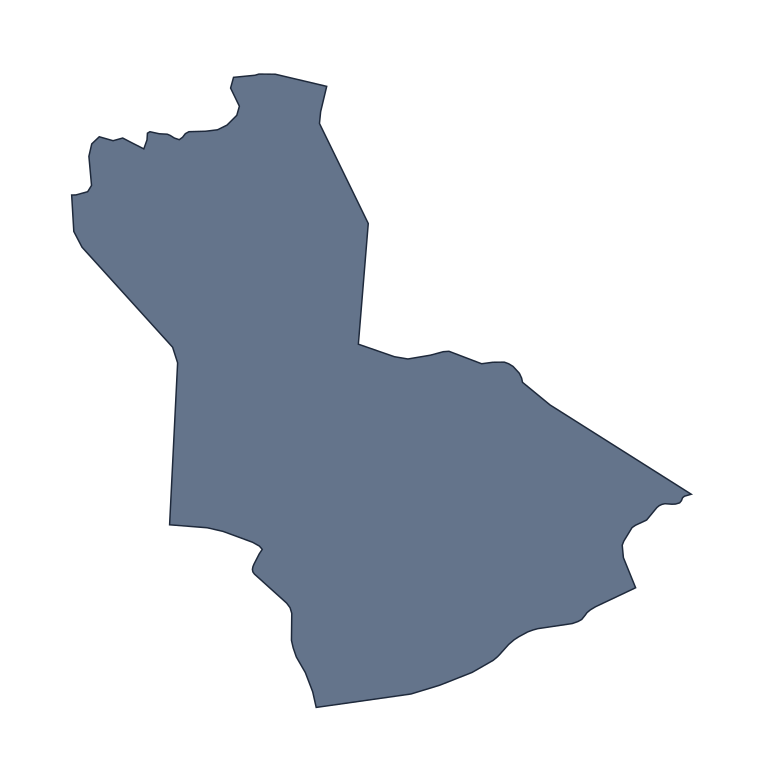 an SVG outline of Fromager, rotated 266°
{"feature_id": "CIV-3445", "entity_name": "Fromager", "entity_type": "Region", "adm_level": 1, "iso_a3": "CIV", "parent_name": "Ivory Coast", "parent_adm1": "", "projection": "natural_earth1", "projection_center": [-5.843, 6.159], "detail": "fine", "context": "isolated", "style": "filled", "palette": "slate", "viewbox_px": 768, "rotation_deg": 266, "n_neighbors": 0, "source": "natural_earth", "source_scale": "10m", "svg_char_len": 1576}
<svg xmlns="http://www.w3.org/2000/svg" viewBox="0 0 768 768"><g transform="rotate(266 384 384)"><path d="M557.8,85.2L593.4,85.6L594.3,85.6L594.1,89.8L596.5,101.8L602.5,106.1L631.7,105.5L643.9,109.2L650.5,117.2L645.6,130.7L647.6,140.5L642.2,149.3L635.3,160.8L644.0,164.6L650.7,165.5L652.0,168.1L649.3,177.3L648.3,185.3L646.8,188.2L644.0,192.0L642.0,196.8L644.2,200.3L647.6,203.3L649.3,207.0L648.6,223.7L649.2,235.6L653.2,245.4L662.3,255.9L671.2,259.1L689.9,251.6L700.4,255.3L701.0,276.9L701.9,280.8L700.6,297.2L684.9,347.6L660.1,339.8L648.4,337.8L545.2,379.5L425.5,361.2L410.5,396.3L407.3,409.6L409.5,432.2L412.1,445.4L412.1,451.1L397.4,482.8L398.1,494.0L397.4,505.6L395.5,509.8L392.5,514.0L385.2,519.8L380.3,521.7L376.0,522.3L351.5,548.2L252.6,682.8L251.1,675.9L249.7,673.9L246.9,672.6L244.8,670.6L243.9,666.5L244.0,662.8L245.0,655.9L244.5,652.8L243.4,650.0L241.7,647.6L230.0,636.5L225.5,624.9L223.4,621.4L210.6,612.3L206.6,610.4L194.1,610.7L163.2,620.8L147.1,579.6L144.3,574.1L141.7,570.5L139.5,568.7L135.3,564.8L133.5,560.9L131.9,555.1L129.2,520.3L128.2,515.4L126.6,509.9L122.4,500.7L119.8,496.0L115.5,490.2L108.5,483.0L108.5,482.9L108.4,482.8L107.2,481.7L104.0,478.2L100.7,473.6L90.2,451.9L79.7,418.8L72.9,389.4L66.1,293.8L81.9,291.4L101.6,285.4L117.8,277.5L127.1,275.0L134.7,273.8L161.6,276.0L167.4,274.7L172.2,271.6L203.4,241.5L205.7,240.1L208.2,239.8L210.9,240.5L213.5,241.8L223.4,247.8L227.5,251.0L231.0,248.4L235.3,241.8L248.2,213.1L252.9,197.7L258.5,160.3L419.5,179.6L435.4,175.7L541.5,92.3L557.8,85.2Z" fill="#64748b" stroke="#1e293b" stroke-width="1.5"/></g></svg>